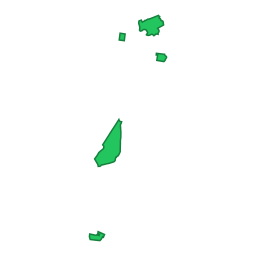 outline of Woorabinda, Queensland, Australia
{"feature_id": "25037944B71447631493326", "entity_name": "Woorabinda", "entity_type": "district", "adm_level": 2, "iso_a3": "AUS", "parent_name": "Australia", "parent_adm1": "Queensland", "projection": "orthographic", "projection_center": [149.585, -24.034], "detail": "fine", "context": "isolated", "style": "filled", "palette": "green", "viewbox_px": 256, "rotation_deg": 0, "n_neighbors": 0, "source": "geoboundaries", "source_scale": "gbopen_adm2", "svg_char_len": 3498}
<svg xmlns="http://www.w3.org/2000/svg" viewBox="0 0 256 256"><path d="M118.9,119.5L117.7,121.4L116.5,123.3L110.2,133.0L108.6,135.6L102.7,144.8L103.9,146.5L103.5,148.6L100.2,151.3L98.9,152.5L97.0,155.7L94.6,158.9L97.9,164.6L98.2,166.4L99.1,166.3L99.5,166.4L100.0,166.3L101.0,165.6L101.2,165.1L101.4,164.9L101.8,164.7L102.1,164.8L102.3,164.9L102.5,164.8L103.1,164.7L103.4,164.7L104.5,164.4L105.5,164.1L106.0,163.9L106.9,163.8L107.7,163.6L108.5,163.5L110.2,163.0L111.1,162.7L112.1,162.4L113.0,162.1L113.8,161.8L114.5,161.4L114.8,160.9L115.2,160.3L115.3,159.7L115.4,158.8L115.5,158.3L115.8,157.3L116.4,157.3L116.6,156.7L117.3,156.3L117.5,156.0L118.1,155.8L118.1,155.5L118.8,154.8L120.2,151.7L120.2,150.3L120.2,150.0L120.4,143.3L120.4,140.4L120.8,137.7L120.9,132.4L120.6,128.1L120.5,127.8L120.6,127.7L120.4,125.4L120.5,124.7L121.3,123.0L121.6,121.7L120.9,121.6L120.1,121.5L119.6,121.0L119.6,120.9L119.1,120.3L119.0,119.8L118.9,119.5ZM163.4,25.1L163.3,24.9L163.5,24.6L163.6,24.2L163.4,23.9L163.2,23.7L163.3,22.9L163.2,22.5L163.2,22.2L163.0,21.9L163.0,21.4L162.5,20.9L162.2,20.9L161.9,20.9L161.2,20.7L160.9,20.2L161.0,20.0L160.6,19.3L160.5,19.0L160.0,18.5L159.7,18.5L159.3,18.2L159.1,18.0L159.1,17.7L159.4,17.4L159.7,16.8L159.2,16.6L159.0,16.0L158.5,15.6L158.4,15.4L151.7,18.1L148.9,19.1L148.0,19.1L145.2,20.6L144.9,20.5L144.8,20.8L142.3,22.1L142.0,21.6L141.3,20.1L140.0,20.6L139.7,20.6L139.3,20.7L139.2,20.8L139.0,21.1L138.9,21.2L138.9,21.4L138.9,21.6L138.9,21.9L138.8,22.3L138.7,22.5L138.7,22.9L138.7,23.1L138.7,23.3L138.8,23.5L138.9,23.8L138.9,24.0L139.0,24.3L139.1,24.8L139.3,25.2L139.4,25.4L139.4,25.6L139.5,25.9L139.5,26.1L139.6,26.4L139.7,26.6L139.7,26.9L139.7,27.2L139.8,27.4L139.8,28.3L139.7,28.6L139.7,29.0L139.7,29.3L139.7,29.6L139.5,29.9L139.6,30.4L139.7,30.5L139.9,30.7L140.0,30.9L140.1,31.0L140.4,31.1L140.6,31.1L141.0,31.0L141.5,30.8L141.9,30.8L142.0,30.7L142.4,30.2L142.7,30.0L142.9,29.9L143.1,29.8L143.4,29.7L143.7,29.6L143.9,29.5L144.4,29.5L144.7,29.5L145.0,29.6L145.4,29.7L145.7,29.8L145.9,29.8L146.1,29.9L146.2,30.1L146.3,30.2L146.4,30.4L146.7,30.7L146.8,31.0L147.0,31.5L147.4,32.1L147.6,32.3L147.6,32.5L147.5,33.0L147.4,33.3L147.3,33.5L147.1,33.8L146.9,34.0L146.6,34.2L146.5,34.4L146.4,34.6L146.4,34.9L146.6,35.0L147.0,35.1L147.5,35.3L148.1,35.4L148.5,35.4L148.8,35.3L149.3,35.2L149.7,35.2L150.0,35.0L150.4,34.9L150.9,34.6L151.4,34.4L151.7,34.3L152.1,34.3L152.3,34.4L152.6,34.5L153.0,34.7L153.2,34.9L153.3,35.1L153.4,35.3L153.5,35.6L153.9,35.7L154.2,35.6L154.5,35.4L154.8,35.1L155.0,34.8L155.2,34.7L155.3,34.5L155.6,34.3L155.7,34.2L155.8,34.1L156.0,34.1L156.3,34.1L156.6,34.1L157.2,34.1L157.8,34.2L158.1,34.3L158.1,33.3L158.3,32.9L158.9,31.8L159.0,31.3L159.0,30.6L158.6,29.6L157.6,28.3L163.4,25.1ZM89.4,236.7L90.1,239.3L90.2,239.5L95.2,240.1L99.9,240.6L100.0,240.5L101.0,239.5L102.5,237.1L102.6,236.9L103.4,237.3L104.3,234.9L104.4,234.7L104.5,234.5L98.1,231.6L97.7,234.5L97.8,234.5L97.9,234.3L97.9,234.5L98.8,234.0L99.5,234.3L99.0,235.5L98.9,235.4L98.6,235.3L97.9,235.0L97.7,235.1L97.0,234.6L96.7,235.0L96.4,235.2L96.2,235.2L96.1,235.3L89.7,234.0L89.4,236.7ZM163.9,61.6L164.2,61.3L164.5,61.0L164.7,60.8L165.0,60.4L165.3,59.9L165.4,59.4L165.5,59.1L165.7,58.9L166.0,58.4L166.4,57.9L166.5,57.6L166.6,57.1L166.4,56.7L166.3,56.4L165.9,56.1L165.5,55.9L165.1,55.6L164.8,55.1L164.7,54.8L164.6,54.5L164.6,54.3L156.4,53.3L156.2,55.0L157.6,55.1L156.8,60.4L163.9,61.6ZM119.2,40.0L124.3,40.7L125.1,34.0L121.4,33.4L120.1,33.2L119.2,40.0Z" fill="#22c55e" stroke="#15803d" stroke-width="1.5"/></svg>